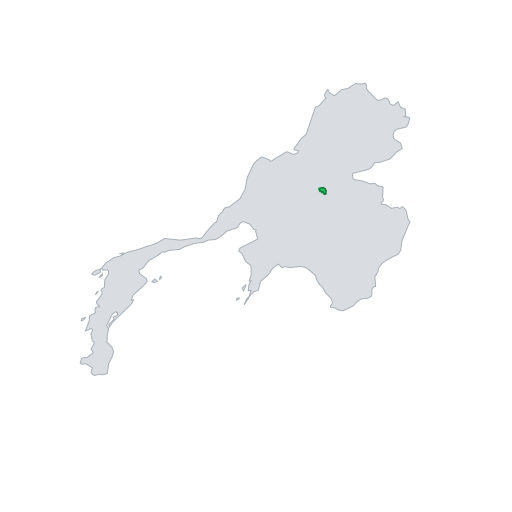 Wang Pong, Phetchabun, Thailand (highlighted), rotated 56°
{"feature_id": "78962969B14448677761720", "entity_name": "Wang Pong", "entity_type": "district", "adm_level": 2, "iso_a3": "THA", "parent_name": "Thailand", "parent_adm1": "Phetchabun", "projection": "natural_earth1", "projection_center": [100.775, 16.349], "detail": "fine", "context": "in_parent", "style": "filled", "palette": "green", "viewbox_px": 512, "rotation_deg": 56, "n_neighbors": 0, "source": "geoboundaries", "source_scale": "gbopen_adm2", "svg_char_len": 5331}
<svg xmlns="http://www.w3.org/2000/svg" viewBox="0 0 512 512"><g transform="rotate(56 256 256)"><path d="M223.1,53.3L223.5,55.3L225.3,52.6L227.7,51.3L232.4,57.1L233.0,59.6L229.5,68.9L230.1,72.0L232.3,74.6L234.9,76.1L237.7,75.6L243.0,73.0L248.7,74.7L248.4,80.9L250.5,90.6L247.7,100.6L244.9,105.6L247.0,109.9L247.2,113.9L241.6,129.5L242.7,130.7L246.2,132.4L247.7,131.8L253.5,125.7L260.0,121.0L262.1,116.9L266.1,115.6L269.8,112.0L278.2,118.3L280.4,118.8L281.5,119.9L282.0,122.5L283.0,123.0L286.5,119.4L292.2,117.1L294.5,111.7L297.2,110.1L296.9,107.5L297.8,106.5L302.5,106.2L309.7,109.1L312.2,109.6L313.4,109.0L324.8,126.3L332.2,132.9L334.0,137.4L332.4,149.0L332.6,155.6L334.3,160.6L337.4,164.1L339.7,169.1L348.2,173.9L347.5,175.2L348.1,178.3L353.4,182.0L353.9,183.2L353.3,187.8L350.9,191.4L350.4,194.3L350.4,197.9L351.7,203.3L350.1,214.5L347.0,217.7L342.9,219.9L340.6,222.9L338.9,222.2L338.1,219.1L333.6,217.4L324.9,219.0L320.5,218.3L314.6,219.3L308.9,218.9L305.6,217.6L296.1,220.0L292.1,222.2L289.2,225.5L284.9,233.7L280.5,238.7L280.6,240.8L275.2,242.1L275.5,249.1L278.6,256.7L279.5,266.3L285.6,273.1L284.5,277.8L285.2,282.4L289.9,293.1L286.5,288.0L285.8,284.6L281.8,279.3L280.5,281.9L275.8,277.9L273.8,273.9L273.1,275.7L268.4,270.1L263.7,267.1L261.0,265.7L254.4,267.7L245.9,266.2L242.7,267.6L241.4,266.7L240.5,265.0L242.9,245.1L235.6,242.6L234.3,241.3L232.8,242.8L225.6,243.6L220.4,247.3L219.8,250.3L222.1,255.8L219.1,265.7L220.1,275.0L219.7,280.2L216.1,286.7L215.2,291.9L211.1,299.9L208.4,309.9L207.7,315.8L202.9,324.7L201.7,329.7L200.0,331.6L200.7,335.6L199.9,347.9L202.9,356.8L202.1,360.9L205.4,362.4L213.3,359.6L216.0,360.3L217.6,365.2L219.7,379.7L223.0,384.2L223.8,382.0L225.4,384.3L226.6,388.6L230.7,411.6L232.9,417.6L230.4,416.1L229.0,408.8L226.7,408.6L227.5,404.0L226.0,402.3L223.7,403.6L223.7,407.2L230.0,418.7L233.9,419.0L238.9,424.0L244.3,427.7L251.1,426.4L255.7,427.6L258.5,430.7L263.0,438.5L270.2,444.9L269.1,449.0L266.3,452.2L264.8,456.5L262.8,457.8L260.1,457.8L257.1,454.2L250.0,457.5L248.4,460.8L246.6,461.7L243.4,458.0L243.7,455.9L245.6,452.9L245.1,444.9L240.8,444.8L237.9,438.9L237.0,438.3L235.0,439.2L228.2,436.4L226.1,432.7L224.1,433.0L222.7,439.4L216.7,430.8L212.6,427.3L213.2,420.9L210.4,419.6L209.2,417.8L210.2,414.0L206.4,414.6L204.5,413.5L202.3,406.7L200.4,403.9L197.8,403.9L197.0,402.6L197.2,399.2L190.9,394.4L188.9,389.0L185.9,386.5L184.0,387.3L182.1,391.1L180.7,390.9L179.4,389.8L177.8,384.3L177.9,374.8L179.9,369.2L181.0,360.2L183.9,352.7L190.0,330.8L190.3,322.1L200.6,309.8L207.5,295.7L209.8,293.6L210.8,291.0L207.2,279.6L205.5,271.7L205.8,269.7L201.4,264.3L200.3,258.2L199.1,256.2L198.7,254.2L200.4,250.6L199.5,237.2L194.7,227.9L186.0,219.3L178.4,206.6L177.3,202.1L177.1,195.8L183.3,191.5L185.8,191.2L186.7,172.2L192.1,168.6L193.2,167.0L193.7,163.8L192.5,162.0L189.0,165.1L188.3,164.4L184.0,153.2L183.1,146.4L165.9,123.5L166.7,119.7L164.2,109.8L161.6,109.6L159.9,107.9L158.1,103.4L161.5,104.0L166.9,101.5L166.0,91.9L168.4,86.4L168.7,77.2L172.8,71.8L173.4,69.1L175.7,68.7L178.7,70.7L181.8,70.8L194.7,68.4L196.3,66.0L197.1,60.9L198.4,59.3L201.3,58.9L204.6,59.9L208.1,57.9L207.5,52.0L213.6,53.0L217.6,50.3L223.1,53.3ZM182.5,393.7L181.6,400.9L179.1,402.3L178.3,398.1L179.8,391.5L180.5,393.0L182.5,393.7ZM221.6,352.0L221.2,355.5L219.0,356.6L218.5,352.7L221.6,352.0ZM275.2,281.0L277.9,285.9L274.8,285.4L274.2,280.7L275.2,281.0ZM211.8,437.1L210.5,435.1L211.6,431.8L212.7,435.8L211.8,437.1ZM186.5,394.5L185.9,398.4L184.7,393.1L186.5,394.5ZM221.7,348.9L220.5,348.5L219.5,346.3L221.0,346.3L221.7,348.9ZM197.0,406.2L198.5,410.8L196.9,408.6L197.0,406.2ZM282.1,293.9L281.7,296.8L280.4,295.6L281.2,293.5L282.1,293.9ZM179.6,366.1L178.1,367.2L179.3,364.4L179.6,366.1Z" fill="#d9dde1" stroke="#a8b0b8" stroke-width="1"/><path d="M242.4,165.0L242.5,164.9L242.8,164.8L243.0,164.8L243.0,164.7L243.1,164.4L243.3,164.3L243.3,164.2L243.5,164.0L243.6,163.9L243.6,163.7L243.6,163.4L243.5,163.2L243.4,163.0L243.3,162.9L243.1,163.0L243.1,162.9L242.9,162.7L242.7,162.7L242.4,162.6L242.1,162.4L242.0,162.2L241.9,162.1L241.6,162.1L241.5,161.9L241.4,161.8L241.3,161.7L241.2,161.4L241.0,161.2L240.9,161.2L240.7,161.3L240.3,161.4L240.3,161.5L240.2,161.5L240.0,161.4L240.0,161.5L239.9,161.6L239.5,161.5L239.5,161.4L239.4,161.3L239.1,161.1L238.9,161.0L238.7,161.1L238.5,161.3L238.4,161.4L238.4,161.5L238.2,161.6L237.9,161.7L237.8,161.8L237.7,161.9L237.4,161.9L237.2,161.8L237.0,162.0L236.9,161.9L236.8,162.0L236.7,162.1L236.8,162.2L236.7,162.3L236.7,162.5L236.8,162.6L236.8,162.8L236.5,163.0L236.5,163.3L236.4,163.4L236.1,163.6L235.8,163.9L235.8,164.0L235.7,164.3L235.6,164.5L235.5,164.8L235.5,165.0L235.5,165.3L235.5,165.5L235.8,165.8L236.0,165.8L236.0,166.0L236.1,166.3L236.0,166.5L235.9,166.5L236.0,166.6L235.9,166.6L236.0,166.6L236.3,166.7L236.5,166.7L236.7,166.4L236.8,166.3L236.8,166.2L237.0,166.3L237.1,166.5L237.1,166.4L237.3,166.4L237.5,166.4L237.6,166.5L237.6,166.4L237.8,166.4L238.0,166.2L238.0,166.3L238.2,166.2L238.4,166.1L238.5,166.1L238.8,166.0L239.0,166.0L239.0,165.9L239.3,165.7L239.5,165.7L239.7,165.8L239.7,166.0L239.8,166.1L240.0,166.1L240.0,165.9L240.0,165.7L240.1,165.4L240.1,165.2L240.1,164.8L240.3,164.7L240.4,164.4L240.5,164.4L240.8,164.4L241.0,164.4L241.1,164.5L241.3,164.6L241.5,164.7L241.7,164.8L241.8,164.8L241.8,165.0L242.0,165.2L242.4,165.0Z" fill="#22c55e" stroke="#15803d" stroke-width="1.5"/></g></svg>